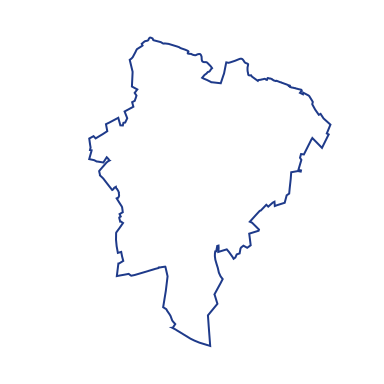 Tu Son, Bắc Ninh, Vietnam (Natural Earth projection), rotated 17°
{"feature_id": "81297802B85996690558528", "entity_name": "Tu Son", "entity_type": "district", "adm_level": 2, "iso_a3": "VNM", "parent_name": "Vietnam", "parent_adm1": "Bắc Ninh", "projection": "natural_earth1", "projection_center": [105.957, 21.118], "detail": "fine", "context": "isolated", "style": "outline", "palette": "blue", "viewbox_px": 384, "rotation_deg": 17, "n_neighbors": 0, "source": "geoboundaries", "source_scale": "gbopen_adm2", "svg_char_len": 4943}
<svg xmlns="http://www.w3.org/2000/svg" viewBox="0 0 384 384"><g transform="rotate(17 192 192)"><path d="M84.0,187.6L84.1,190.6L88.6,190.2L89.4,190.2L91.9,190.7L93.4,190.4L98.6,189.7L100.3,183.7L100.9,184.0L102.9,185.2L103.0,185.5L103.2,185.8L103.4,185.9L103.9,186.0L102.7,187.2L101.6,188.9L97.8,197.4L97.2,198.8L97.1,199.1L97.2,199.4L98.5,201.7L99.0,202.5L99.1,203.0L101.6,204.2L103.3,205.1L103.7,205.4L106.9,207.7L111.3,210.8L115.1,213.4L115.6,212.9L116.2,211.6L116.4,210.7L116.7,210.3L117.1,210.0L117.7,209.3L118.3,210.4L118.8,210.8L119.2,210.9L119.4,211.0L120.1,211.7L121.0,212.4L121.9,213.5L122.3,213.9L122.4,214.6L122.9,215.7L123.2,216.4L123.4,217.1L123.3,218.0L123.1,219.1L122.7,219.3L122.2,219.7L121.8,220.1L125.0,222.9L129.0,226.3L129.6,227.0L130.7,229.3L131.7,231.6L129.2,234.3L131.0,236.3L130.0,237.4L129.9,237.9L132.0,241.3L132.5,241.0L135.1,241.8L133.1,248.0L131.8,251.7L131.5,252.6L131.4,253.3L133.3,259.9L135.8,265.9L138.9,271.9L141.8,270.0L144.0,274.1L146.4,278.0L144.1,280.6L143.2,281.6L142.5,281.9L144.7,294.4L147.5,292.9L152.0,290.6L155.4,288.8L156.4,289.2L158.2,289.8L158.4,289.8L160.6,288.6L161.5,288.1L169.7,282.7L179.1,276.4L182.2,274.5L182.2,273.9L182.8,273.6L183.1,273.6L183.7,273.4L185.0,272.7L188.0,271.3L188.2,271.2L188.4,271.3L188.6,271.6L193.3,279.8L195.9,294.4L198.1,310.6L201.7,311.6L203.0,312.9L206.4,315.6L207.7,316.8L210.6,320.6L211.5,321.3L214.6,323.2L213.4,327.1L213.3,327.4L212.8,327.6L215.5,328.1L233.4,332.7L237.8,333.4L243.2,333.9L254.4,333.9L247.3,315.7L243.3,305.3L249.0,291.5L243.8,283.8L243.4,283.4L246.0,270.7L246.4,268.5L246.8,266.3L244.0,264.3L241.3,261.3L238.9,257.1L236.5,253.6L234.1,249.9L232.6,246.6L231.9,244.1L231.6,242.0L232.5,241.6L231.9,236.2L233.0,235.5L233.9,237.9L234.7,241.6L242.0,236.7L244.7,238.4L249.8,242.3L251.3,243.7L252.6,242.0L253.0,238.6L255.5,236.8L254.9,231.9L255.2,230.7L256.9,228.3L261.1,229.2L262.5,227.4L263.7,225.8L258.9,215.1L267.0,209.6L267.0,208.3L258.4,203.8L256.0,203.5L259.7,195.6L262.3,190.2L263.2,189.6L266.8,182.5L269.2,183.7L272.3,178.6L273.7,177.2L275.3,181.2L277.1,179.8L283.8,175.2L283.5,167.5L285.4,165.1L284.3,159.7L282.6,150.7L281.1,144.1L287.2,141.0L290.0,140.7L289.9,139.5L287.3,139.7L287.2,129.3L285.3,127.7L285.2,125.0L285.2,123.8L288.0,123.4L288.2,122.3L290.0,111.8L290.9,106.6L291.1,106.5L291.3,105.2L303.4,111.8L305.5,99.1L305.9,97.0L303.8,96.6L304.7,87.1L296.3,83.2L292.1,79.7L290.7,81.1L285.7,77.2L281.6,73.2L281.3,72.8L281.2,70.6L280.4,69.8L276.1,66.0L275.1,65.6L269.3,64.5L269.5,66.1L266.3,65.6L267.3,63.0L266.7,62.3L266.2,62.3L264.8,62.4L263.8,62.5L262.5,62.5L261.6,62.6L261.0,62.6L260.4,62.5L259.4,62.7L258.8,62.7L258.1,62.7L257.1,62.9L256.7,62.9L256.1,62.9L255.3,62.9L255.3,62.6L255.1,62.5L254.4,62.4L254.0,62.4L254.2,61.7L253.3,61.7L252.5,61.7L251.3,61.5L248.9,61.4L247.2,61.3L246.1,61.3L245.3,61.1L244.8,61.1L244.6,61.2L244.1,61.2L241.8,61.0L241.5,61.0L240.3,60.9L240.1,61.0L239.9,61.3L239.7,61.4L239.0,61.4L238.1,61.4L237.4,61.4L237.0,61.2L236.3,61.1L235.9,61.0L235.8,60.8L235.6,60.7L234.7,60.6L234.4,60.6L233.8,60.6L233.4,60.6L233.1,60.8L232.9,60.8L232.1,60.8L231.7,60.8L231.2,60.8L231.0,61.0L230.9,62.1L231.0,62.7L230.9,62.9L229.9,62.9L229.6,62.7L229.0,62.5L228.4,62.5L227.9,62.8L226.4,63.7L226.1,63.8L225.0,64.5L222.8,65.5L222.5,66.5L215.6,64.1L214.3,63.1L213.7,63.5L212.7,63.7L211.9,63.7L211.3,63.0L210.8,61.9L209.8,60.1L209.2,58.4L208.7,56.7L208.5,54.4L208.3,53.4L207.8,53.1L206.9,53.0L205.3,52.9L204.4,52.5L202.6,51.0L202.0,50.6L201.3,50.2L200.3,50.1L199.3,50.4L198.4,51.0L194.7,54.0L190.6,56.9L189.1,57.8L186.9,58.0L187.0,59.6L188.0,69.3L187.9,71.3L187.7,79.6L179.6,81.1L178.3,81.4L177.7,81.2L173.6,80.5L169.7,80.1L168.3,79.8L169.7,76.5L170.2,75.8L171.2,74.5L171.9,72.9L172.2,72.5L172.6,72.3L173.4,71.7L173.8,70.8L174.2,69.3L174.5,68.6L175.0,67.7L173.3,66.4L172.3,65.8L168.6,63.8L167.5,63.7L165.6,64.3L164.5,64.3L163.6,64.0L162.7,62.8L161.6,59.8L160.5,58.4L159.6,57.8L158.5,57.9L156.9,58.8L155.9,59.8L155.1,60.3L153.5,60.5L152.3,60.5L150.9,60.2L148.6,60.7L147.7,60.8L147.3,60.5L147.3,60.0L147.5,59.1L147.5,58.6L147.2,58.4L145.7,58.1L143.7,57.9L140.3,57.8L138.7,57.7L137.5,57.3L137.3,57.3L136.9,57.3L135.6,57.2L133.4,57.2L130.0,57.2L127.9,57.2L126.3,57.2L124.0,57.6L122.4,57.9L121.8,58.3L120.7,58.4L118.8,57.9L118.3,57.8L111.0,58.1L110.2,57.8L109.8,57.1L109.4,56.7L108.8,56.6L108.0,56.5L107.0,56.5L106.5,56.8L106.0,57.8L105.8,59.5L105.5,60.0L105.0,60.4L103.0,61.5L102.2,62.5L100.6,65.0L101.9,66.4L101.2,67.3L97.6,71.5L97.3,72.7L97.0,74.8L95.9,80.4L95.1,82.1L93.8,83.8L95.8,87.2L100.0,94.3L100.3,95.3L103.4,107.5L103.7,108.7L109.7,109.9L108.2,114.0L110.7,116.0L110.7,118.7L110.6,120.2L110.6,121.5L108.5,123.6L111.0,127.6L104.0,134.7L108.5,140.4L107.8,145.1L106.2,145.9L106.4,148.6L104.0,149.2L99.8,142.6L97.5,144.9L92.7,149.7L89.9,152.3L93.2,158.6L89.6,162.9L87.4,165.3L84.2,168.9L81.5,167.4L78.1,170.9L80.6,176.3L82.0,179.1L82.2,181.7L83.8,181.5L83.9,182.7L84.0,187.6Z" fill="none" stroke="#1e3a8a" stroke-width="2"/></g></svg>